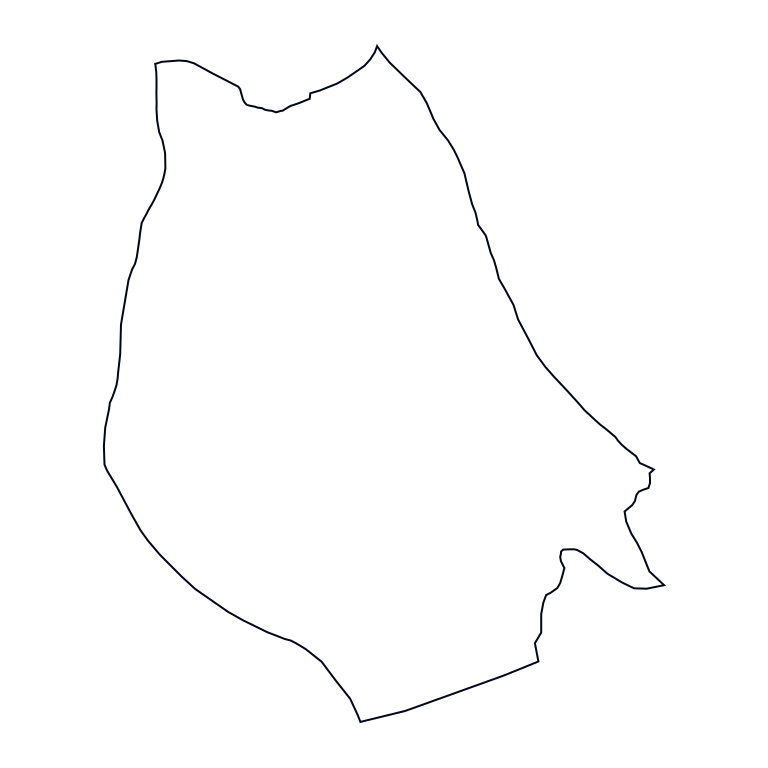 Kaysone Phomvihane, Savannakhét, Laos
{"feature_id": "54806243B84595841762541", "entity_name": "Kaysone Phomvihane", "entity_type": "district", "adm_level": 2, "iso_a3": "LAO", "parent_name": "Laos", "parent_adm1": "Savannakhét", "projection": "mercator", "projection_center": [104.87, 16.59], "detail": "fine", "context": "isolated", "style": "outline", "palette": "ink", "viewbox_px": 768, "rotation_deg": 0, "n_neighbors": 0, "source": "geoboundaries", "source_scale": "gbopen_adm2", "svg_char_len": 2558}
<svg xmlns="http://www.w3.org/2000/svg" viewBox="0 0 768 768"><path d="M653.9,469.5L643.1,464.5L640.0,463.2L639.8,463.1L636.1,456.3L626.6,449.0L621.6,444.6L618.0,440.7L615.4,437.0L605.9,429.0L600.3,424.7L595.4,420.3L584.4,410.1L577.5,402.1L566.3,389.8L554.3,377.1L545.4,367.0L536.8,355.3L528.8,339.7L518.1,319.5L513.5,304.9L504.0,287.6L498.9,278.9L496.2,267.9L494.0,260.3L490.8,253.1L488.4,244.6L486.3,237.1L485.5,235.1L478.1,224.9L477.8,223.0L477.8,222.9L477.7,222.3L475.6,213.0L472.1,204.1L468.6,191.1L464.4,173.2L461.6,166.8L457.5,157.3L453.7,149.6L448.0,140.4L439.5,129.9L433.3,118.7L431.3,113.7L426.5,102.6L420.3,91.9L414.2,86.2L402.9,75.4L389.7,62.6L381.6,52.7L377.1,46.1L374.8,52.3L370.3,59.3L364.6,65.7L348.2,77.1L337.3,83.5L319.8,90.5L310.3,93.3L309.7,98.8L304.1,101.0L298.7,103.2L293.4,105.0L290.3,106.0L286.2,108.5L282.8,110.6L280.5,111.0L276.1,112.3L271.8,110.8L268.0,110.4L265.1,109.8L262.0,108.2L257.7,107.6L254.7,106.6L250.8,105.9L247.8,105.2L246.3,104.4L244.4,102.2L243.0,99.6L241.4,93.9L240.1,89.1L238.2,86.6L212.3,73.3L194.0,63.3L186.8,61.1L179.3,60.5L162.0,61.8L155.2,63.9L155.6,66.3L156.3,72.7L156.5,79.3L156.5,87.0L156.4,93.2L156.6,102.5L156.5,109.7L157.2,120.7L159.2,132.2L162.5,140.5L165.1,153.1L165.4,168.5L164.5,173.5L163.3,178.5L161.9,182.9L160.0,187.6L156.7,194.6L154.1,200.1L151.6,204.6L148.7,209.5L146.2,214.4L143.8,218.7L143.3,219.8L141.8,222.7L141.7,223.0L140.1,232.8L139.4,239.3L137.6,251.7L136.7,257.6L135.0,263.9L132.0,269.7L128.5,280.1L121.0,324.6L120.2,354.2L118.1,372.7L117.6,378.8L116.5,385.1L114.5,391.3L112.5,397.0L109.8,402.9L109.1,408.9L105.2,427.8L103.9,446.0L104.3,458.7L104.5,464.7L107.1,470.7L116.8,486.7L122.8,498.0L131.3,514.0L140.5,530.3L147.9,540.6L159.7,554.5L168.5,563.4L181.9,576.8L195.2,589.0L228.1,611.9L243.4,620.5L267.3,632.2L284.8,639.0L290.7,640.5L296.1,643.3L305.7,649.1L321.7,661.8L335.7,680.5L350.2,698.8L357.5,714.6L360.4,721.9L405.3,710.9L503.6,675.6L538.4,661.5L534.9,643.2L541.2,632.6L541.2,623.4L541.2,614.2L543.3,602.8L546.1,595.1L550.4,592.9L557.4,588.0L560.2,583.0L562.3,575.9L564.4,568.1L560.9,561.1L560.2,556.8L560.8,554.4L561.1,551.5L563.2,549.6L569.7,549.3L574.4,549.3L577.2,550.0L583.4,553.4L590.2,559.3L598.6,565.9L598.8,566.1L607.4,573.7L621.9,582.4L629.4,586.1L634.1,588.3L646.6,588.7L664.1,585.2L658.9,580.3L654.1,575.8L649.4,571.4L645.6,561.9L641.7,552.1L636.9,542.6L631.4,533.8L626.2,521.5L624.6,511.5L632.2,505.1L634.9,501.1L636.5,494.8L638.9,491.6L643.6,489.6L648.4,488.0L650.0,483.2L650.0,478.0L649.6,473.3L653.9,469.5Z" fill="none" stroke="#020617" stroke-width="2"/></svg>